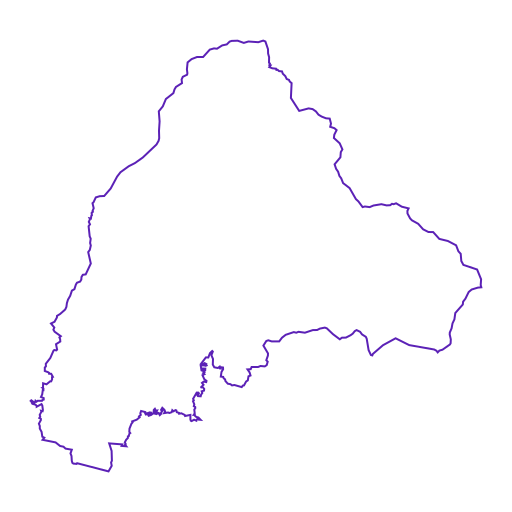 outline of Grosii Tiblesului, Maramures, Romania
{"feature_id": "2599482B90074952461136", "entity_name": "Grosii Tiblesului", "entity_type": "district", "adm_level": 2, "iso_a3": "ROU", "parent_name": "Romania", "parent_adm1": "Maramures", "projection": "orthographic", "projection_center": [24.114, 47.531], "detail": "fine", "context": "isolated", "style": "outline", "palette": "violet", "viewbox_px": 512, "rotation_deg": 0, "n_neighbors": 0, "source": "geoboundaries", "source_scale": "gbopen_adm2", "svg_char_len": 5955}
<svg xmlns="http://www.w3.org/2000/svg" viewBox="0 0 512 512"><path d="M194.7,413.3L194.3,409.6L195.3,408.1L195.2,407.0L193.8,406.2L194.3,404.3L193.0,401.2L193.8,400.4L193.1,398.8L196.7,392.6L198.3,392.6L198.9,393.3L198.6,394.1L196.8,394.2L197.9,396.1L200.7,396.3L201.1,394.6L202.3,393.0L201.7,391.3L204.0,390.6L204.1,389.8L204.2,388.9L202.5,386.9L200.6,387.7L203.5,384.8L202.0,382.9L203.7,381.6L206.2,382.1L206.5,380.9L204.3,379.2L202.5,375.2L204.4,374.2L203.2,373.2L203.9,372.7L203.6,371.8L204.4,371.8L203.8,370.3L205.2,370.2L205.3,368.6L202.3,368.5L202.8,369.4L202.4,370.7L201.5,370.4L200.7,365.5L203.2,365.4L204.3,364.4L204.5,365.5L205.7,365.8L206.6,365.4L206.1,364.6L206.3,364.0L204.6,363.1L202.9,364.3L201.1,363.7L205.9,357.4L208.3,357.5L210.0,353.1L212.2,351.0L212.8,351.6L211.4,355.2L213.0,359.0L212.8,364.6L214.3,367.3L217.9,368.0L219.6,366.7L219.9,368.4L220.8,368.5L220.8,367.2L223.0,367.5L223.1,369.3L221.5,371.9L220.8,376.6L223.2,376.9L223.7,378.3L225.1,379.4L225.4,381.0L227.8,383.7L230.5,384.2L232.0,385.4L234.4,385.0L241.7,387.1L242.8,385.6L244.0,385.4L246.1,381.5L247.8,380.4L248.5,376.3L250.5,375.5L249.6,372.4L247.5,369.4L250.7,369.2L251.6,367.0L258.1,367.0L260.5,366.0L264.8,366.4L266.7,365.1L267.7,361.7L266.3,360.2L267.9,355.6L268.0,353.4L263.4,345.6L266.3,341.0L268.3,340.3L271.7,341.4L279.2,341.4L282.0,337.7L285.7,334.8L293.8,332.1L296.3,332.7L298.5,331.8L304.9,332.7L312.8,330.1L317.1,330.0L319.9,328.6L324.8,327.6L326.8,328.3L333.0,334.2L339.8,339.3L341.9,337.7L345.9,337.6L350.6,335.2L352.7,333.7L354.8,331.1L356.6,330.1L360.1,331.8L362.0,334.4L365.8,336.8L366.7,338.7L368.6,350.1L370.9,355.0L372.3,355.4L372.9,353.9L383.0,345.2L395.6,338.3L409.2,345.1L434.2,349.5L436.4,350.7L437.7,352.4L439.4,350.6L442.5,349.7L449.9,344.5L450.6,343.3L450.8,339.4L449.7,334.5L449.8,332.5L451.6,328.3L452.5,323.4L454.4,319.4L455.3,313.0L462.8,304.5L463.1,301.7L465.4,298.7L468.7,292.0L471.7,289.5L477.9,287.6L481.3,287.3L480.7,285.0L481.1,279.3L477.1,269.5L463.4,264.9L461.3,261.0L460.7,253.8L458.4,251.3L456.1,245.3L447.9,241.0L439.3,238.9L433.2,232.1L428.4,232.0L423.1,229.3L418.2,223.8L411.9,220.3L410.1,218.4L407.5,213.5L407.4,210.9L408.6,208.4L401.8,206.7L396.1,203.3L393.6,204.2L392.0,203.8L390.2,205.2L386.6,205.4L381.4,204.2L373.5,205.5L369.7,207.1L364.9,206.5L362.6,207.1L358.4,201.4L355.9,199.1L349.6,188.1L343.1,183.1L341.2,178.3L339.4,175.9L338.1,171.7L336.1,168.8L334.6,164.3L340.4,157.3L340.8,152.1L342.4,149.4L339.7,143.3L333.9,138.0L334.3,134.7L336.6,130.1L334.4,128.2L330.2,126.8L331.0,123.6L329.7,118.6L326.0,118.3L321.7,116.6L318.5,114.7L315.9,111.4L312.6,109.1L308.6,108.4L299.2,110.9L290.9,98.0L291.6,83.1L289.7,81.5L289.0,79.9L286.7,79.0L285.3,76.1L282.8,73.7L282.0,71.4L279.0,71.1L277.5,69.7L276.4,69.9L276.0,68.7L272.3,68.3L269.3,67.1L270.6,65.3L269.4,65.0L269.9,63.5L269.0,62.7L269.1,57.2L268.1,53.5L268.0,49.2L265.4,41.5L263.2,40.6L258.3,42.2L248.4,41.5L243.8,42.9L237.7,40.7L231.7,40.9L229.6,41.6L226.8,44.4L222.2,45.4L217.0,48.7L214.0,48.4L209.8,49.6L203.1,57.0L197.0,57.0L191.6,59.1L187.6,62.4L186.9,69.3L187.4,73.2L187.1,74.7L182.8,76.8L181.6,79.5L182.0,83.1L176.0,86.9L174.5,89.4L173.4,93.1L165.9,99.0L162.8,106.4L158.8,111.3L159.6,121.4L159.0,130.7L159.2,138.2L158.6,140.8L156.5,144.5L142.8,157.5L134.9,163.1L128.8,166.2L120.5,172.2L117.1,176.6L110.7,188.5L104.2,196.0L99.7,196.2L95.8,197.4L93.5,202.3L92.5,203.2L93.7,208.2L92.5,211.1L92.9,211.8L91.6,213.0L91.9,215.2L91.4,215.6L90.9,218.6L89.6,218.3L90.0,219.1L88.8,221.9L90.0,224.3L88.6,226.2L89.7,236.4L90.7,238.7L90.1,243.0L90.8,245.5L89.8,249.9L88.2,252.1L90.8,263.5L85.7,274.4L82.8,274.8L81.5,277.0L81.3,279.6L80.1,281.6L77.0,282.7L75.9,284.5L74.4,289.2L71.9,290.6L70.2,295.8L68.0,299.6L66.9,303.1L66.4,306.9L65.2,309.5L60.1,314.0L57.0,315.9L56.9,317.5L54.5,321.8L51.0,323.5L54.3,327.5L53.4,329.7L54.6,331.7L60.8,336.2L59.4,337.4L60.1,339.0L60.3,341.5L56.0,344.2L57.1,349.6L56.3,350.4L54.3,350.0L53.5,350.7L50.3,358.0L45.8,363.8L45.9,366.4L44.8,367.5L44.8,371.0L48.1,372.2L49.1,372.9L49.1,373.7L51.2,373.8L52.9,376.9L52.0,377.2L52.1,379.3L51.2,381.3L50.2,381.3L46.5,384.3L43.1,383.3L43.0,387.8L42.6,387.9L43.4,388.5L43.4,390.1L42.8,390.0L42.2,394.4L41.0,397.0L43.7,398.1L43.7,399.6L42.3,400.1L42.0,400.8L37.6,400.8L36.5,401.7L35.5,400.8L35.2,402.0L34.5,402.6L31.3,400.3L30.7,400.9L31.9,401.9L31.7,402.6L32.4,403.8L35.5,404.7L36.7,405.9L36.7,406.7L41.5,404.1L42.3,405.5L42.9,410.0L42.6,411.2L41.1,410.8L41.4,411.7L39.7,414.9L40.2,416.5L39.3,418.0L40.8,418.7L40.9,420.0L38.9,423.7L39.8,426.0L39.8,428.6L41.6,431.9L42.3,436.7L44.3,437.7L42.6,439.8L55.6,442.4L60.1,446.0L63.5,446.7L65.5,448.6L71.8,449.7L70.5,453.4L71.5,456.0L71.8,460.9L72.4,462.9L73.4,463.6L76.6,463.9L77.1,463.2L108.5,471.4L111.7,465.8L111.1,462.5L111.9,460.7L111.6,450.9L109.2,443.4L122.3,444.4L121.6,445.9L126.3,446.3L125.1,444.7L125.7,444.0L124.8,442.4L126.2,439.7L127.8,438.1L127.9,436.4L128.7,436.2L129.5,433.4L130.2,433.0L129.3,431.8L129.5,428.6L131.5,423.6L132.6,422.4L132.2,421.4L136.7,419.7L139.6,417.3L139.0,416.4L140.8,414.9L140.3,413.3L141.1,411.0L145.1,412.0L144.9,412.7L145.8,414.5L146.5,414.3L146.6,413.2L147.7,413.1L148.8,413.9L148.3,415.2L148.7,415.8L151.2,414.9L151.1,413.9L149.1,412.6L149.5,412.4L151.1,412.6L152.3,415.0L152.1,413.9L153.5,413.3L153.8,409.9L154.9,408.8L155.8,410.6L157.0,410.5L156.3,411.6L154.3,410.9L154.0,412.3L155.2,412.3L154.6,413.6L156.2,414.0L156.8,412.6L156.0,412.6L156.7,412.1L157.5,414.4L157.6,413.1L158.7,413.0L159.8,415.1L161.1,413.8L160.7,413.3L162.2,411.2L161.7,410.8L162.7,410.1L161.3,409.5L162.3,407.8L164.4,409.8L165.1,411.5L164.2,413.1L168.1,412.5L169.3,413.0L171.7,412.2L172.3,410.2L173.5,411.3L175.5,410.1L176.3,410.4L176.8,412.2L179.0,412.9L179.1,413.7L181.4,413.3L184.8,415.0L185.1,416.0L190.4,414.9L190.4,419.3L190.8,420.7L191.6,421.1L194.1,419.7L196.4,420.7L196.8,419.4L198.0,418.7L198.6,419.6L200.6,419.8L198.4,417.5L196.2,416.9L194.8,415.6L194.8,414.9L193.7,414.9L194.7,413.3Z" fill="none" stroke="#5b21b6" stroke-width="2"/></svg>